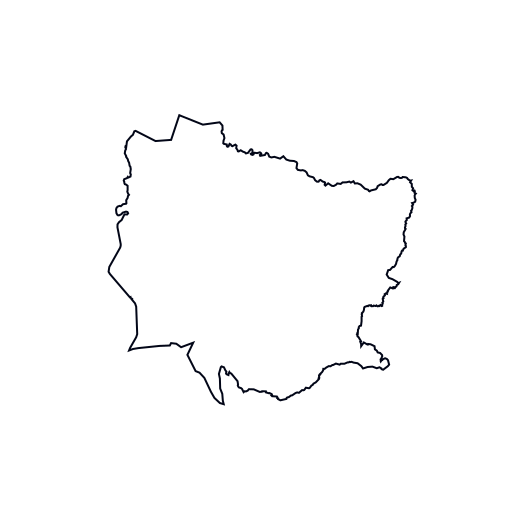 the district of San José Miahuatlán, Puebla, Mexico, rotated 214°
{"feature_id": "50627088B64695964742161", "entity_name": "San José Miahuatlán", "entity_type": "district", "adm_level": 2, "iso_a3": "MEX", "parent_name": "Mexico", "parent_adm1": "Puebla", "projection": "mercator", "projection_center": [-97.317, 18.226], "detail": "fine", "context": "isolated", "style": "outline", "palette": "ink", "viewbox_px": 512, "rotation_deg": 214, "n_neighbors": 0, "source": "geoboundaries", "source_scale": "gbopen_adm2", "svg_char_len": 6132}
<svg xmlns="http://www.w3.org/2000/svg" viewBox="0 0 512 512"><g transform="rotate(214 256 256)"><path d="M425.8,292.4L426.6,291.4L425.8,287.6L426.5,285.2L427.1,278.9L424.7,274.1L425.5,274.0L425.2,273.1L423.6,272.1L423.4,270.3L422.2,267.7L419.4,266.2L419.2,265.6L416.4,264.5L415.0,263.2L413.4,262.4L411.2,260.1L410.1,259.8L408.4,258.0L406.7,254.4L405.4,253.6L404.5,251.7L405.7,249.6L406.0,249.4L406.5,249.7L406.5,248.4L408.2,246.0L407.8,244.5L406.6,243.8L406.1,243.0L404.9,242.2L403.5,242.6L401.7,242.4L399.3,238.9L398.7,237.4L396.8,236.1L395.5,235.7L395.7,234.2L394.9,232.3L394.8,229.7L392.9,227.2L392.9,226.7L395.2,224.6L395.9,221.7L397.1,221.3L398.4,219.5L398.5,217.6L397.9,216.1L395.6,213.4L394.0,212.6L393.0,212.6L392.0,213.5L390.9,215.6L390.8,217.3L388.6,220.1L387.2,220.6L385.9,219.9L386.0,218.4L388.2,217.0L388.3,216.6L387.5,210.7L388.5,207.4L388.5,204.8L386.9,202.3L374.8,190.2L373.9,188.8L373.3,187.0L371.5,164.9L369.4,160.5L367.1,159.4L337.4,151.2L337.1,151.7L336.7,151.2L334.6,151.2L334.4,150.8L334.6,150.5L329.8,149.1L327.0,147.0L310.8,124.8L309.9,121.6L309.0,109.5L308.4,106.7L306.0,110.1L302.1,113.8L285.7,127.5L277.4,133.6L277.7,136.3L273.0,138.7L267.1,138.5L259.6,149.0L257.6,135.7L241.7,126.8L237.6,127.7L230.7,126.1L217.4,118.2L211.1,115.1L203.7,113.9L199.9,115.1L202.6,117.5L206.9,122.9L211.6,126.1L217.4,134.2L220.8,137.5L223.0,144.2L222.8,145.2L220.3,145.8L217.5,144.1L215.9,143.6L215.2,141.9L214.3,141.5L212.3,141.9L213.0,143.5L213.2,144.9L212.3,144.5L210.7,144.7L201.3,141.9L199.0,139.4L198.8,138.6L197.7,137.8L196.5,137.5L194.7,138.1L193.3,138.0L190.1,136.2L189.8,137.5L188.6,138.1L187.6,139.7L187.4,141.6L183.3,144.2L176.9,145.4L175.2,146.8L175.3,147.3L172.1,149.3L171.4,148.5L168.4,149.5L168.2,149.9L165.8,150.3L164.9,149.7L165.2,149.0L164.2,148.8L160.1,151.2L159.4,150.9L159.1,150.1L158.0,150.3L157.7,149.7L155.1,150.0L150.9,154.5L151.2,155.5L151.0,156.2L149.9,157.3L149.0,159.9L148.1,160.7L146.6,164.5L145.6,165.9L143.9,166.6L142.8,170.6L141.6,171.2L141.1,171.9L141.0,174.7L138.1,176.0L137.7,176.8L137.6,179.5L136.9,180.9L137.0,182.3L135.8,184.6L135.0,189.2L135.3,190.1L135.8,189.9L136.2,191.3L136.8,192.0L136.6,193.2L137.0,193.1L137.0,193.6L136.3,196.7L136.4,198.8L137.1,200.1L136.0,200.8L135.4,202.8L134.1,205.4L132.6,206.2L131.7,208.4L131.1,208.8L129.6,211.5L125.9,212.7L125.5,214.1L122.4,216.2L120.6,219.0L119.7,219.6L119.2,220.6L118.6,220.7L117.6,221.7L115.5,222.2L111.8,223.9L107.1,223.6L104.4,222.6L101.4,226.4L97.6,229.4L93.1,230.5L91.4,232.8L89.1,232.9L88.6,232.4L87.0,232.8L85.1,238.3L84.9,240.4L88.3,243.4L90.0,243.8L91.8,243.4L93.1,241.3L93.1,240.3L93.6,239.7L93.6,238.4L94.0,238.7L94.2,239.6L94.9,240.0L94.8,241.0L95.3,243.5L96.1,244.4L98.9,245.0L101.2,244.1L102.9,245.1L105.2,245.1L107.3,247.5L111.6,246.9L113.8,245.8L113.6,245.3L114.1,244.9L118.3,244.6L118.4,240.1L119.7,241.9L121.6,243.2L121.2,244.0L125.7,246.1L126.7,246.1L127.4,246.5L127.7,247.4L128.6,247.6L128.6,248.5L129.0,249.0L129.0,249.3L128.6,249.2L130.3,252.1L130.3,253.5L131.0,254.4L131.0,255.9L130.0,257.0L132.0,261.0L134.5,264.7L134.4,265.4L135.8,266.8L135.7,267.4L136.3,267.9L135.9,269.9L136.4,271.7L137.4,273.6L137.5,274.5L135.8,276.9L135.1,277.0L134.8,278.2L134.0,278.9L133.4,278.8L133.0,279.5L132.1,279.0L130.8,280.0L130.7,280.7L128.9,281.4L128.5,282.4L127.5,282.2L126.8,282.4L126.4,283.3L125.7,283.5L125.5,284.9L123.9,284.7L123.5,285.2L124.2,286.3L124.3,287.4L125.1,287.8L125.0,289.4L127.0,291.3L126.7,292.4L127.5,292.9L127.6,293.7L127.1,295.4L128.0,296.3L127.5,297.4L126.7,297.7L127.2,298.0L126.6,298.9L127.2,300.0L126.9,300.4L127.3,301.3L127.1,305.0L124.5,305.6L124.8,307.0L124.0,307.3L123.3,306.7L122.9,307.0L123.2,308.2L122.6,309.0L122.7,310.0L123.1,310.7L122.3,312.1L122.4,313.7L122.8,313.1L124.5,313.5L129.9,313.1L133.7,312.1L137.3,313.7L138.5,318.2L137.1,319.4L136.6,323.3L135.6,323.8L135.3,325.3L135.5,327.8L136.4,330.1L136.5,331.7L136.9,332.1L137.4,333.6L137.4,334.5L136.7,336.1L137.3,337.9L137.0,339.2L137.9,341.3L137.9,342.2L137.3,342.5L137.7,344.6L136.7,347.1L137.3,348.1L138.2,348.5L138.8,350.2L139.8,350.2L140.4,350.8L141.6,351.1L143.8,355.1L145.7,356.3L146.8,358.3L147.1,362.1L147.8,362.2L148.5,363.0L148.8,364.5L149.8,365.6L149.7,367.0L150.7,367.4L151.4,368.2L151.1,370.1L152.2,371.4L150.5,373.5L150.6,375.2L151.6,376.4L151.9,377.5L151.6,379.3L152.7,380.1L152.6,381.2L153.1,383.0L153.8,384.2L154.7,384.6L154.5,386.4L156.2,387.2L155.2,388.3L154.4,390.0L155.1,391.8L156.9,393.0L158.3,394.8L158.6,396.1L158.4,397.1L160.0,397.1L160.5,398.5L161.2,398.9L161.8,397.9L163.1,398.0L163.6,400.0L165.5,400.5L167.2,402.9L169.5,403.3L169.6,405.3L170.1,404.8L171.6,404.6L173.3,404.7L174.4,405.2L175.8,405.0L178.6,403.5L178.7,402.5L179.4,401.7L180.9,401.0L182.2,401.2L183.2,400.5L185.1,396.5L187.7,395.2L188.3,393.1L188.4,389.8L190.0,386.2L190.8,385.6L192.0,385.7L192.9,384.8L194.2,381.9L193.7,380.2L194.0,378.3L197.3,374.7L198.0,373.1L198.7,373.0L200.1,373.6L203.4,372.7L209.1,373.7L212.6,373.0L214.6,371.4L217.0,372.5L218.4,369.9L220.2,369.9L222.3,367.6L225.4,365.4L226.1,363.1L229.2,361.6L229.5,359.8L230.7,357.5L232.3,356.6L236.8,356.6L237.8,353.2L238.9,353.4L239.8,355.5L240.5,355.6L242.3,355.0L245.1,355.1L245.7,354.3L245.7,352.6L247.1,351.7L249.4,351.9L251.6,353.1L252.8,353.2L256.2,352.0L258.1,351.9L260.8,353.6L263.1,353.9L265.3,353.3L266.7,352.0L269.5,350.8L271.6,351.5L273.6,355.8L275.0,356.5L277.6,356.0L281.3,353.9L284.8,352.9L289.1,354.0L290.5,350.2L296.2,348.5L298.4,346.3L300.6,345.8L303.1,347.5L304.9,347.5L305.3,346.9L305.1,344.7L308.5,341.4L309.3,341.9L308.8,343.7L309.5,344.1L310.8,344.1L312.6,341.9L315.1,340.7L314.9,338.7L315.5,337.8L316.9,337.5L317.5,337.8L316.6,339.7L318.1,341.7L319.3,342.0L320.1,341.3L320.3,337.1L321.7,335.4L323.4,335.7L325.0,335.2L327.8,335.1L328.8,333.0L329.6,332.7L330.7,333.6L332.7,334.3L333.8,336.6L335.4,336.8L337.0,333.8L337.8,333.7L339.3,334.3L340.6,334.2L340.1,331.4L340.6,330.7L341.1,330.6L341.7,330.9L342.6,332.1L345.4,331.0L346.1,331.1L347.4,333.4L348.1,336.1L350.8,338.6L353.0,338.7L354.2,340.0L354.5,341.1L354.2,341.9L356.8,345.4L360.9,346.5L373.5,335.2L398.3,329.8L391.3,304.8L403.6,295.1L425.8,292.4Z" fill="none" stroke="#020617" stroke-width="2"/></g></svg>